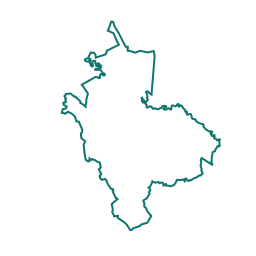 Madlienas pag., Ogre, Latvia, rotated 224°
{"feature_id": "27541924B46168997034550", "entity_name": "Madlienas pag.", "entity_type": "district", "adm_level": 2, "iso_a3": "LVA", "parent_name": "Latvia", "parent_adm1": "Ogre", "projection": "mercator", "projection_center": [25.197, 56.816], "detail": "fine", "context": "isolated", "style": "outline", "palette": "teal", "viewbox_px": 256, "rotation_deg": 224, "n_neighbors": 0, "source": "geoboundaries", "source_scale": "gbopen_adm2", "svg_char_len": 5837}
<svg xmlns="http://www.w3.org/2000/svg" viewBox="0 0 256 256"><g transform="rotate(224 128 128)"><path d="M136.5,75.8L134.5,76.2L133.6,76.1L133.2,76.6L133.3,76.7L133.0,76.9L133.1,77.1L133.6,78.1L134.5,79.4L132.3,79.2L132.5,80.0L132.2,80.9L132.0,81.0L130.8,81.2L129.4,82.0L128.2,82.1L127.6,82.4L127.4,82.3L126.9,82.3L124.2,83.6L120.1,80.5L120.2,79.7L120.5,79.0L120.3,78.0L116.4,76.7L115.8,76.7L115.0,75.6L115.3,74.4L115.0,73.7L114.3,73.8L113.6,72.7L112.6,72.5L111.6,72.6L111.0,72.4L110.8,73.1L109.7,74.0L109.2,75.4L108.4,75.5L107.0,75.3L103.4,73.5L97.7,72.5L96.7,73.5L95.0,72.8L95.2,71.9L93.0,70.9L92.3,70.8L91.2,70.2L88.2,69.2L87.5,69.7L86.2,69.6L86.9,62.0L86.4,61.9L85.7,61.0L84.0,60.1L82.6,59.0L81.7,58.0L81.0,56.7L80.5,56.3L80.1,56.3L77.4,55.4L76.6,54.8L74.2,57.8L72.8,56.2L64.5,57.7L61.5,57.6L55.5,56.1L54.4,57.5L54.8,59.1L51.3,65.9L51.5,67.6L48.3,73.3L49.9,79.9L49.9,80.2L50.4,80.9L51.0,81.1L51.8,80.9L53.5,81.3L55.3,81.3L56.5,81.6L57.6,82.0L58.9,82.9L61.4,82.7L62.8,83.8L63.5,84.6L63.7,85.0L64.3,85.5L66.0,85.9L66.6,86.6L65.6,90.8L65.8,91.2L66.3,93.3L66.9,95.9L68.3,96.3L68.9,99.0L70.5,99.6L71.8,99.5L71.4,101.1L72.4,104.4L73.1,106.2L73.4,106.5L70.4,107.6L68.6,110.3L67.0,110.1L66.7,111.0L66.2,111.9L64.8,112.7L62.7,111.4L62.6,112.3L62.0,114.0L61.4,113.9L60.9,112.9L60.3,113.5L56.6,116.0L56.0,117.7L55.2,119.2L56.2,123.6L56.8,124.2L56.7,124.6L56.3,125.3L54.3,126.7L52.6,129.3L50.2,129.1L50.9,130.7L51.7,131.4L51.5,131.7L50.8,132.0L49.1,131.7L48.6,131.5L47.5,132.0L47.3,133.4L46.4,134.1L46.6,134.6L46.0,135.7L45.6,137.8L45.2,138.4L44.2,140.8L43.8,143.3L43.4,143.7L43.0,143.9L42.7,144.7L43.0,146.4L42.7,146.8L42.9,146.9L43.4,147.6L45.0,148.0L45.8,148.5L46.2,149.5L47.9,150.2L49.0,150.8L50.7,152.9L52.1,154.9L53.1,155.2L54.0,156.9L54.1,157.6L42.1,159.9L42.4,160.7L44.4,161.1L44.8,162.3L46.3,163.9L47.5,165.3L50.2,169.3L50.1,170.4L49.5,171.1L49.3,171.6L50.1,173.2L50.8,176.4L50.8,177.3L49.7,177.8L49.6,178.2L50.1,178.6L50.0,179.3L50.3,179.3L50.9,179.6L51.7,180.8L53.0,181.7L53.6,182.5L53.9,183.5L54.3,183.5L54.7,183.1L55.1,181.4L55.7,180.9L57.4,181.3L58.7,180.4L59.3,180.8L59.6,181.2L59.8,182.1L60.7,182.9L61.0,182.9L61.4,182.4L61.6,182.0L61.5,181.1L61.7,180.7L62.4,180.6L63.5,181.1L64.8,181.2L64.9,181.3L64.9,181.7L64.8,182.1L64.2,182.7L64.3,183.3L64.8,183.7L65.3,183.7L66.1,183.3L67.1,182.1L67.5,181.8L69.6,181.5L70.9,181.0L72.0,181.3L73.2,181.2L74.9,181.5L75.4,182.5L75.6,182.7L76.1,182.9L76.9,182.8L77.6,182.4L78.1,181.9L81.8,180.4L83.2,180.5L84.5,180.3L85.2,181.0L85.5,181.1L88.0,179.4L89.0,179.6L90.4,180.6L92.2,181.5L93.0,181.2L93.3,181.0L94.5,178.9L95.1,178.7L95.8,179.0L96.3,180.2L96.8,180.6L97.4,180.3L98.0,179.6L98.3,179.6L98.8,180.5L99.9,180.7L102.3,180.5L104.1,181.3L105.4,181.1L106.0,180.7L106.0,180.0L106.0,179.4L106.0,179.0L106.1,178.8L106.9,179.1L107.6,179.9L108.2,180.3L108.6,180.1L108.9,179.3L108.6,177.7L108.8,176.8L109.1,176.4L111.0,175.6L111.9,174.9L112.0,174.6L111.9,174.3L110.7,172.7L109.9,171.3L109.9,171.0L110.2,170.8L111.5,170.7L112.9,170.2L113.2,169.1L113.1,168.7L113.2,167.8L114.3,166.8L115.1,166.4L115.5,166.4L115.9,166.6L115.9,167.2L115.5,169.0L115.5,169.7L115.6,170.1L116.0,170.1L116.6,169.8L118.0,168.3L118.2,167.8L118.3,167.1L118.0,165.5L118.5,164.6L118.9,163.9L119.2,162.6L119.4,162.3L120.2,161.7L122.3,160.9L122.5,160.7L123.2,159.4L123.4,159.2L126.1,159.5L127.0,159.2L127.3,158.8L127.6,157.5L127.9,156.7L128.8,155.8L130.7,157.6L132.0,157.7L135.7,156.8L136.6,157.1L138.3,158.7L139.1,159.1L138.9,159.6L138.1,159.0L136.6,159.1L132.9,158.6L133.1,159.6L133.3,162.2L135.5,162.9L135.6,163.9L137.6,165.3L140.1,166.4L139.4,168.1L136.6,167.9L134.3,168.4L158.6,198.0L159.1,198.5L163.0,201.2L166.3,196.1L172.6,192.1L173.4,191.1L174.9,187.4L180.7,184.4L181.7,183.4L183.5,184.7L183.5,185.2L184.6,186.3L186.1,184.8L186.4,184.9L200.9,189.9L208.1,191.7L212.4,194.0L213.9,192.9L210.1,184.0L204.3,186.1L195.2,182.3L194.9,182.5L192.4,181.6L196.9,168.8L195.9,167.4L195.3,165.4L196.9,162.2L200.1,156.3L202.6,158.3L205.0,158.4L205.9,157.2L207.3,156.5L206.1,152.8L205.3,150.5L206.6,147.9L206.6,147.3L206.4,147.0L205.8,146.7L204.7,146.8L203.6,147.4L203.1,148.0L202.9,148.4L202.8,149.0L202.8,149.7L203.5,150.7L203.5,151.2L203.4,151.5L203.0,151.6L201.5,150.4L201.4,149.9L201.2,148.7L200.6,148.1L199.9,148.0L199.5,148.3L199.6,148.9L198.8,149.2L198.4,149.1L198.2,148.8L198.3,148.3L198.8,147.5L198.6,147.3L197.9,147.1L196.8,147.2L196.2,147.8L196.4,148.3L196.5,148.6L198.5,149.8L199.1,150.5L199.5,151.8L199.4,152.5L198.8,153.3L198.0,153.4L196.7,152.0L196.1,151.8L195.7,152.0L195.1,152.6L194.0,154.1L193.7,154.2L193.4,154.2L192.6,153.5L192.7,153.1L193.6,151.6L194.2,151.1L194.4,150.8L194.1,150.5L193.7,150.6L193.0,151.1L192.1,151.6L191.6,152.2L191.1,152.9L191.3,153.8L191.2,154.1L190.8,154.1L190.3,153.8L189.5,152.8L189.5,152.4L189.6,152.1L190.7,150.9L190.8,150.5L190.9,149.6L191.1,149.3L191.5,148.8L192.0,148.4L192.4,147.9L192.1,147.1L191.8,147.2L190.7,148.3L190.1,149.4L188.9,149.8L188.2,150.6L185.6,150.4L184.4,149.8L184.0,149.9L183.2,150.6L182.5,150.6L181.7,150.3L181.4,149.8L181.5,149.4L182.3,148.8L183.1,148.4L183.8,148.9L184.1,148.9L184.9,148.1L185.0,146.9L184.8,146.3L184.3,145.6L183.2,145.1L183.3,144.6L183.2,144.2L183.4,143.8L184.3,143.6L186.5,142.5L187.0,142.0L187.5,139.9L191.3,127.1L180.8,125.0L177.5,119.2L175.9,117.6L173.4,113.8L175.7,113.8L178.4,113.3L179.8,112.9L180.7,114.1L185.4,114.0L187.3,113.6L187.4,114.0L189.7,113.1L193.1,113.0L196.4,109.3L195.8,108.1L195.9,107.1L195.9,106.8L194.1,106.6L193.8,105.8L192.7,105.7L192.3,104.3L190.6,103.4L192.0,101.1L190.1,100.0L187.0,100.9L186.8,100.6L186.3,98.7L188.1,96.3L186.2,92.9L185.9,93.0L185.1,93.9L185.0,93.7L183.2,94.6L182.7,96.4L182.5,98.0L179.9,98.8L178.6,99.2L174.1,99.4L169.7,96.9L167.8,98.4L159.7,95.0L157.9,92.8L158.2,91.7L157.6,90.8L154.4,88.3L149.5,88.7L148.3,85.1L144.1,81.8L142.8,80.4L136.5,75.8Z" fill="none" stroke="#0f766e" stroke-width="2"/></g></svg>